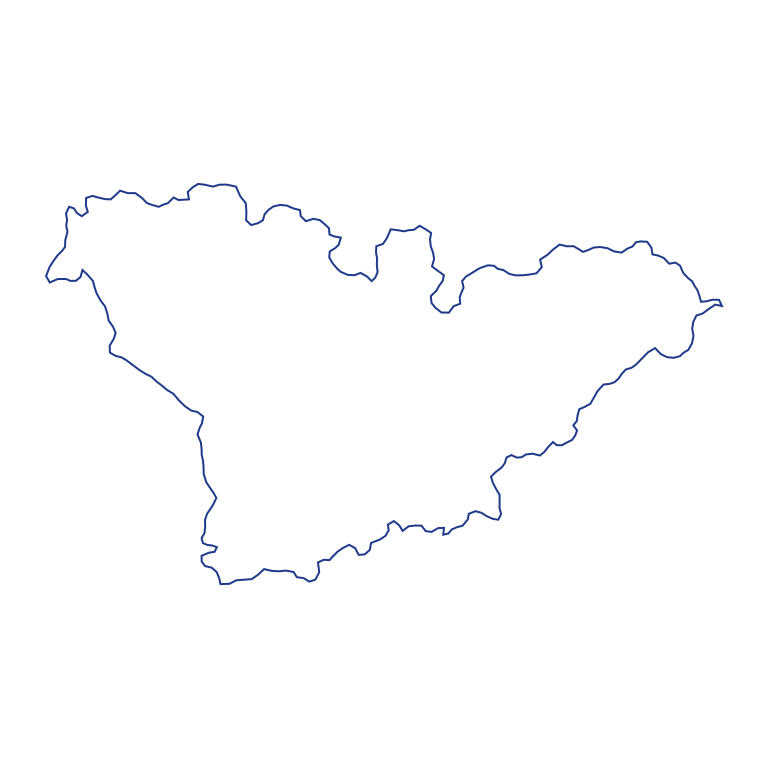 Coroaci, Minas Gerais, Brazil
{"feature_id": "56859067B21636195282600", "entity_name": "Coroaci", "entity_type": "district", "adm_level": 2, "iso_a3": "BRA", "parent_name": "Brazil", "parent_adm1": "Minas Gerais", "projection": "mercator", "projection_center": [-42.262, -18.628], "detail": "fine", "context": "isolated", "style": "outline", "palette": "blue", "viewbox_px": 768, "rotation_deg": 0, "n_neighbors": 0, "source": "geoboundaries", "source_scale": "gbopen_adm2", "svg_char_len": 4296}
<svg xmlns="http://www.w3.org/2000/svg" viewBox="0 0 768 768"><path d="M419.6,225.8L413.8,229.8L408.8,230.2L403.9,231.3L397.8,230.2L390.7,229.3L386.9,238.1L383.0,243.9L376.3,246.3L376.0,252.8L377.1,258.3L376.8,264.8L377.6,272.2L375.2,277.8L371.6,281.1L367.2,276.6L360.5,272.9L354.6,275.2L347.9,274.9L340.9,271.9L337.3,268.8L332.7,263.4L329.2,257.4L329.8,251.4L335.2,248.1L338.8,244.6L340.8,237.6L334.2,236.4L329.5,234.5L329.0,228.2L324.9,224.4L320.0,220.2L313.4,218.8L305.8,221.2L300.7,216.0L300.0,210.1L293.3,208.4L286.9,205.6L280.1,204.9L273.3,206.5L268.3,210.0L264.6,214.3L262.9,220.2L258.2,223.1L251.2,225.1L246.1,220.2L246.4,211.9L245.8,203.2L240.2,196.2L236.0,186.6L226.5,184.6L219.4,184.7L213.0,186.6L204.7,184.7L198.1,183.9L192.6,187.4L187.7,192.0L189.0,199.4L183.8,199.7L178.4,200.0L173.7,197.5L167.8,203.2L162.9,204.8L158.7,206.8L151.6,204.8L146.8,203.0L142.0,198.0L135.3,193.1L127.7,193.1L120.1,190.7L115.1,195.5L110.7,199.4L105.1,199.1L99.3,197.8L92.4,195.9L86.1,198.0L85.9,205.6L87.8,211.9L81.8,216.2L76.9,213.0L74.0,208.4L69.1,206.8L66.0,213.5L67.1,220.1L66.2,225.5L67.5,231.9L65.3,240.0L65.0,247.1L61.9,251.0L57.6,255.3L53.6,260.7L49.5,267.2L46.1,276.0L49.8,282.5L57.8,279.0L66.0,279.0L70.4,280.9L75.9,280.8L80.5,277.0L82.5,270.0L87.3,274.5L92.9,280.9L94.5,286.9L96.5,293.1L100.4,300.2L105.1,306.5L107.4,314.0L108.7,320.6L113.0,326.7L115.6,332.9L114.0,338.4L109.7,345.7L109.9,352.6L115.6,355.9L121.1,357.2L125.9,359.9L131.1,363.8L135.0,366.7L140.1,370.5L145.5,373.8L151.5,376.8L156.2,381.2L161.1,385.0L167.0,389.9L173.5,393.9L179.0,400.5L184.9,406.2L191.3,410.6L197.5,412.0L203.2,416.5L201.9,423.5L199.6,428.0L197.5,434.6L200.9,442.5L201.6,449.1L201.7,454.8L202.9,460.3L203.5,465.7L203.7,473.8L206.2,482.0L210.5,488.6L213.5,492.9L216.4,497.9L213.3,504.4L210.2,509.3L207.1,513.7L205.0,519.9L205.2,526.7L204.4,533.3L201.6,538.0L202.9,543.1L207.5,545.0L212.3,545.5L216.9,547.2L214.6,551.8L208.6,552.8L201.6,555.8L201.7,561.7L205.2,566.1L211.8,567.7L216.6,572.0L219.2,578.1L220.5,584.1L229.5,583.8L236.2,580.3L244.1,579.7L251.8,579.1L258.3,574.5L264.1,569.1L272.0,570.9L278.6,571.3L286.1,570.6L293.6,572.0L296.9,577.2L303.7,578.1L309.3,581.6L315.3,579.7L319.2,572.3L318.0,562.4L323.8,559.8L329.5,560.1L333.1,556.2L337.3,551.9L342.7,548.1L349.2,544.8L355.1,548.1L358.7,554.9L364.7,554.4L369.8,549.9L371.1,542.9L380.2,539.4L385.5,535.8L388.7,530.3L387.9,524.6L393.9,521.1L399.3,525.4L402.6,530.9L408.6,526.3L415.5,525.5L421.5,525.7L425.7,531.1L431.6,531.9L438.1,528.1L444.0,527.9L443.2,534.7L448.4,533.5L451.7,529.5L456.7,527.3L462.6,525.7L467.8,519.4L468.8,513.8L475.5,511.2L481.4,512.8L487.1,516.4L493.0,518.9L498.3,519.7L501.1,514.0L499.5,507.9L499.6,501.4L499.6,494.9L495.9,488.6L492.8,482.6L491.0,476.6L495.9,471.9L501.8,467.3L504.9,463.0L506.5,457.5L511.4,455.1L516.9,457.6L521.7,457.2L525.8,454.5L532.4,453.7L539.8,455.5L544.3,452.0L548.1,447.1L553.0,442.0L556.8,445.2L562.0,445.2L566.9,442.5L572.0,440.0L575.2,435.5L577.1,430.5L573.3,425.4L576.8,421.0L577.6,415.3L579.3,409.2L584.2,407.1L590.3,403.8L593.6,398.1L597.7,390.9L603.6,384.5L609.6,383.9L614.5,382.2L618.6,378.5L621.5,374.2L625.8,369.5L631.5,367.8L636.0,364.6L641.4,359.1L648.0,352.3L655.1,348.1L660.9,354.2L667.2,357.2L673.9,357.8L680.0,356.1L683.5,352.8L688.4,349.8L692.0,343.4L693.5,335.9L692.2,328.6L693.3,321.8L696.4,315.5L702.5,313.6L709.3,308.6L715.2,304.6L721.9,306.0L719.1,299.9L712.7,299.7L706.4,301.3L701.1,301.8L699.2,295.2L697.4,290.1L694.5,285.8L692.2,281.4L687.9,277.9L683.2,272.9L680.0,265.6L675.4,262.6L669.2,263.7L663.8,258.0L657.9,255.5L652.5,254.4L651.4,247.6L647.2,241.8L640.8,241.4L636.0,242.2L632.5,246.5L627.2,248.7L621.7,252.6L614.0,251.4L607.5,248.2L600.0,247.0L593.6,247.6L588.1,250.1L582.9,251.9L578.6,249.1L573.6,246.2L567.2,246.3L559.5,244.6L553.0,249.6L547.6,254.7L540.1,259.6L541.8,267.2L536.5,273.3L530.0,274.5L523.8,275.2L516.1,275.4L509.5,274.0L503.2,270.0L497.9,268.9L494.0,265.8L487.9,265.3L479.9,268.1L475.0,271.0L470.6,273.8L465.9,276.6L462.1,281.1L463.6,287.7L461.5,292.3L459.7,297.3L460.2,303.7L453.6,306.2L448.9,312.6L441.4,312.5L435.4,307.8L431.5,302.9L430.8,296.1L436.4,290.7L439.1,285.8L442.7,280.9L443.9,275.2L438.1,271.0L432.0,266.5L434.1,259.0L433.1,252.8L430.8,246.5L430.0,239.5L431.1,232.9L425.7,229.3L419.6,225.8Z" fill="none" stroke="#1e3a8a" stroke-width="2"/></svg>